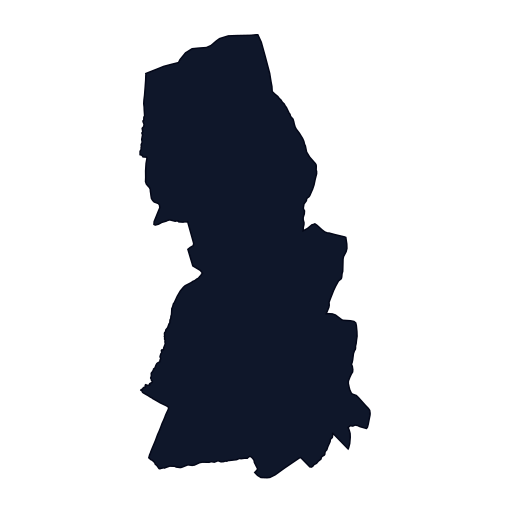 the district of Lomela, Kasaï-Oriental, Democratic Republic of the Congo, rotated 272°
{"feature_id": "63176286B89784390033972", "entity_name": "Lomela", "entity_type": "district", "adm_level": 2, "iso_a3": "COD", "parent_name": "Democratic Republic of the Congo", "parent_adm1": "Kasaï-Oriental", "projection": "mercator", "projection_center": [23.11, -2.397], "detail": "fine", "context": "isolated", "style": "filled", "palette": "ink", "viewbox_px": 512, "rotation_deg": 272, "n_neighbors": 0, "source": "geoboundaries", "source_scale": "gbopen_adm2", "svg_char_len": 5752}
<svg xmlns="http://www.w3.org/2000/svg" viewBox="0 0 512 512"><g transform="rotate(272 256 256)"><path d="M50.6,155.9L49.6,157.1L48.9,157.9L48.2,159.5L47.5,160.3L46.0,162.0L44.4,162.6L43.2,164.2L40.2,166.5L40.0,167.2L40.2,168.0L40.5,168.6L40.6,169.2L40.8,169.9L41.1,170.8L40.9,172.1L41.0,172.2L41.3,172.8L43.0,177.1L43.0,177.7L43.0,182.1L42.3,183.6L41.9,187.7L42.2,189.0L44.9,195.2L44.6,198.5L44.5,199.6L44.7,200.4L44.9,201.7L47.5,206.9L48.1,209.6L48.2,216.3L48.9,218.4L48.5,221.6L50.1,225.2L49.1,228.1L49.3,230.5L50.0,232.6L49.9,234.0L50.6,235.4L50.7,236.5L51.8,243.8L53.1,246.4L52.9,248.2L53.5,251.7L53.6,254.4L54.9,255.6L55.4,256.6L55.5,256.9L55.3,257.7L55.0,258.3L54.1,259.3L53.4,260.0L52.4,260.7L51.5,261.3L49.9,261.5L48.5,262.2L47.5,262.8L46.3,263.4L45.6,263.8L43.7,264.9L42.6,264.8L41.4,263.9L40.5,263.1L39.6,262.3L36.8,265.2L34.8,268.7L34.8,274.9L35.2,277.6L38.0,282.8L45.0,291.8L55.7,306.4L56.1,307.8L47.1,317.2L47.0,318.9L48.0,320.2L49.5,321.2L50.9,323.7L53.1,325.4L53.2,325.5L55.2,327.9L57.3,328.5L57.9,328.9L59.3,331.1L60.0,331.6L62.3,331.8L63.6,332.4L64.8,333.5L67.9,334.4L73.0,336.5L75.3,336.7L77.3,338.6L80.7,339.0L82.0,338.5L66.4,354.8L67.3,355.2L71.9,356.2L78.2,356.5L82.0,356.2L85.2,355.2L87.9,354.0L89.1,355.6L90.0,356.5L89.4,357.9L89.5,358.9L90.5,360.9L90.1,363.6L89.8,364.2L89.1,365.8L87.5,372.4L88.7,373.3L91.7,374.0L96.2,374.7L101.1,375.5L102.9,375.5L105.7,375.0L107.6,373.6L110.5,370.6L118.1,363.3L120.1,361.1L121.4,357.0L122.5,355.9L125.5,354.4L127.8,353.7L131.9,352.7L134.3,352.7L138.1,354.0L141.4,355.4L143.5,356.6L145.9,356.7L147.3,356.4L149.1,356.1L151.3,355.1L152.6,355.7L155.4,356.2L161.9,356.8L164.8,357.7L166.1,358.5L167.5,358.7L169.5,358.6L171.8,359.1L175.7,359.4L179.3,359.8L183.9,359.5L190.0,358.7L192.6,358.0L194.0,356.2L194.6,352.6L194.8,345.1L195.3,343.9L199.8,337.5L200.8,334.3L200.9,331.0L200.7,328.2L207.3,330.6L209.4,330.9L212.3,330.6L215.6,331.7L224.4,334.8L228.8,336.7L233.9,339.3L236.3,342.0L237.9,342.4L241.4,342.6L243.7,343.2L256.1,343.1L258.5,343.5L263.5,345.9L266.8,346.6L271.2,346.3L277.7,345.1L278.2,343.7L280.1,334.3L281.5,328.3L281.5,326.6L282.5,323.8L284.5,321.0L288.9,315.8L290.2,313.7L289.4,312.0L289.2,310.9L285.3,306.5L282.8,302.2L286.3,302.3L289.0,302.8L291.0,302.8L293.9,301.9L296.2,301.8L299.8,302.8L302.8,302.9L303.9,302.2L304.5,301.9L305.5,301.6L309.6,302.1L313.0,304.4L314.7,304.6L315.8,305.2L316.9,306.7L318.2,307.6L323.0,309.5L324.7,310.2L329.1,311.5L334.9,312.5L340.3,313.7L342.8,313.6L344.0,313.1L347.7,313.1L349.1,312.9L350.3,312.2L356.7,306.2L360.8,303.5L361.8,302.9L367.7,301.5L369.4,300.6L372.3,299.8L375.0,298.5L380.3,295.0L380.4,294.9L384.2,291.8L386.3,290.6L389.3,289.6L391.4,289.1L394.1,288.2L396.7,285.7L398.9,285.0L399.9,284.1L405.5,281.2L407.2,279.8L408.9,278.9L409.5,278.2L410.7,276.9L412.9,275.4L414.2,273.8L416.2,272.2L418.7,268.9L420.9,266.5L421.4,266.4L425.9,266.0L430.8,264.9L439.0,263.3L455.9,258.2L469.9,253.8L477.2,250.1L477.1,248.3L476.4,243.3L475.6,228.8L475.0,220.6L472.0,212.0L469.4,208.7L464.8,203.7L462.6,199.2L461.8,191.6L460.9,184.9L456.6,178.5L449.6,173.2L446.6,171.8L444.6,164.8L442.3,157.2L439.4,150.7L436.1,143.1L434.5,139.5L433.8,139.7L432.4,139.6L427.8,139.6L422.0,139.4L412.6,139.0L408.2,138.6L404.3,138.5L400.9,139.0L398.0,139.2L392.1,139.8L390.9,139.1L387.7,139.1L387.2,138.4L386.3,138.4L383.9,139.5L381.4,139.3L380.0,138.0L379.5,137.8L376.2,138.5L375.1,137.7L374.2,137.8L373.3,138.5L372.5,138.3L368.5,137.7L365.7,138.3L363.5,137.4L362.5,137.4L362.1,137.7L360.5,137.4L358.5,137.5L356.6,136.5L353.2,136.6L352.7,138.5L351.1,139.6L351.0,141.6L351.0,143.2L350.5,143.4L349.6,143.6L344.7,142.9L337.2,142.7L330.8,143.0L326.5,143.0L324.1,143.9L322.2,145.6L320.7,147.1L319.0,148.0L316.9,148.2L314.9,148.6L312.3,149.0L309.9,149.5L307.9,150.8L306.4,152.4L306.0,153.7L305.0,156.6L303.7,157.7L300.9,158.2L297.5,156.9L286.8,153.0L284.0,152.9L283.4,154.2L284.4,157.5L286.3,160.7L287.7,165.0L288.4,166.3L289.1,168.5L288.8,169.9L287.9,174.1L288.3,175.3L288.1,176.1L288.3,177.0L288.0,177.5L287.4,177.7L287.3,181.9L287.7,183.9L287.6,185.4L287.9,186.5L266.4,193.3L264.1,192.9L262.3,190.0L260.3,187.7L243.9,193.2L239.7,200.8L237.0,203.2L235.8,202.0L234.8,201.8L233.5,200.4L232.5,199.8L231.6,198.9L230.9,197.6L229.2,195.6L228.5,193.9L227.1,192.1L224.1,186.7L223.9,186.3L222.3,184.6L218.4,181.6L213.0,178.7L206.3,175.9L206.0,175.6L205.5,175.2L202.2,174.4L200.5,173.7L194.5,173.6L192.9,173.1L190.6,173.0L189.1,172.3L186.2,172.2L185.3,171.5L181.3,170.2L179.1,168.5L177.1,168.2L176.3,167.4L175.1,167.2L173.3,167.5L172.5,167.2L171.3,167.6L169.8,167.5L168.7,168.1L167.1,168.0L165.8,168.2L165.5,168.5L164.8,168.3L161.1,167.0L160.4,166.9L159.0,166.8L158.8,165.8L158.8,165.7L159.0,165.4L158.6,164.9L158.1,164.7L156.7,165.1L155.8,165.0L155.1,164.4L153.0,163.8L151.9,163.6L150.4,164.3L149.8,164.3L149.6,164.2L148.7,163.7L147.4,163.6L146.9,163.5L145.6,161.3L144.9,160.6L143.3,159.8L140.6,158.9L139.5,157.6L138.7,157.5L136.8,156.6L135.6,155.6L135.1,155.4L134.9,155.4L132.4,155.6L130.4,155.0L129.1,155.7L128.0,155.9L127.2,156.8L126.7,156.7L126.2,156.7L124.7,154.2L124.4,154.1L123.7,154.5L123.4,154.4L122.9,151.6L123.2,151.1L123.6,150.4L123.5,150.1L122.8,149.8L121.3,150.1L121.1,149.5L121.0,149.3L120.9,148.8L120.1,147.8L119.0,147.1L118.4,145.8L117.9,145.6L117.5,146.3L117.0,146.9L115.8,147.4L115.2,148.3L114.4,149.8L113.5,151.5L112.8,152.9L111.4,155.2L110.6,156.9L109.9,157.8L109.1,159.4L108.1,161.3L107.2,163.0L106.5,164.3L105.9,165.4L104.7,168.2L104.0,169.8L103.6,170.8L102.9,172.2L102.2,173.3L101.3,174.0L100.6,173.9L99.2,173.5L98.0,173.0L96.7,172.4L94.8,171.6L93.2,171.0L92.2,170.7L88.9,169.5L85.3,168.0L81.3,166.7L77.4,165.3L74.3,164.0L67.9,161.9L63.4,160.2L60.0,158.9L57.0,157.8L55.5,157.4L53.9,156.7L50.6,155.9Z" fill="#0f172a" stroke="#020617" stroke-width="1.5"/></g></svg>